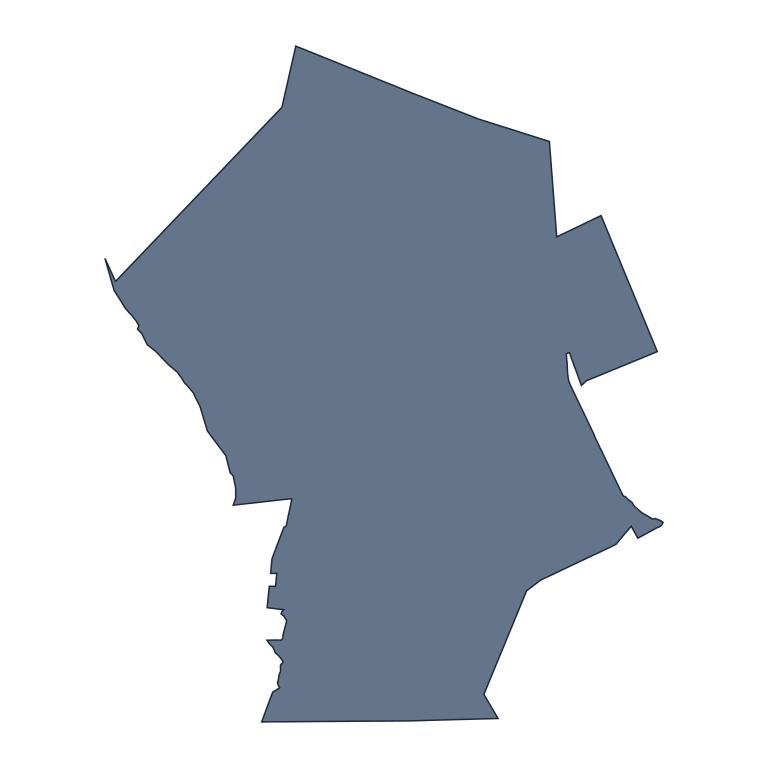 Bustamante, Nuevo León, Mexico
{"feature_id": "50627088B226456394087", "entity_name": "Bustamante", "entity_type": "district", "adm_level": 2, "iso_a3": "MEX", "parent_name": "Mexico", "parent_adm1": "Nuevo León", "projection": "mercator", "projection_center": [-100.55, 26.571], "detail": "fine", "context": "isolated", "style": "filled", "palette": "slate", "viewbox_px": 768, "rotation_deg": 0, "n_neighbors": 0, "source": "geoboundaries", "source_scale": "gbopen_adm2", "svg_char_len": 2830}
<svg xmlns="http://www.w3.org/2000/svg" viewBox="0 0 768 768"><path d="M104.9,258.3L114.2,290.7L114.9,291.7L121.1,301.4L125.0,307.9L129.5,313.1L131.6,315.2L135.9,320.6L138.9,325.6L137.5,329.1L141.8,333.6L147.3,344.9L155.4,351.1L167.9,364.1L177.5,372.4L181.9,378.6L183.8,381.8L185.3,383.9L185.6,384.0L186.4,384.6L193.7,393.3L195.1,396.8L200.0,406.4L207.4,431.0L225.9,455.8L230.1,472.7L233.1,475.7L235.5,487.0L235.6,488.6L235.6,489.1L235.7,492.5L235.7,498.1L233.2,505.2L283.8,499.5L289.7,498.9L291.8,498.9L289.6,509.8L288.0,517.1L286.2,526.0L283.9,527.2L276.1,547.8L272.0,558.7L271.2,566.8L270.6,573.4L271.2,573.4L276.8,573.4L276.0,581.5L275.6,586.3L274.5,586.3L272.3,586.3L269.3,586.2L268.0,598.7L267.1,607.7L270.4,608.1L272.2,608.3L283.7,609.7L282.7,610.6L281.7,611.9L281.1,614.1L283.6,615.7L286.7,620.8L282.8,635.6L283.1,636.8L282.3,639.0L281.4,640.1L274.6,640.0L267.0,640.2L269.9,644.4L272.8,647.0L274.3,650.0L275.3,652.9L278.7,655.8L282.5,660.6L283.2,661.8L282.5,663.0L281.8,663.4L281.5,663.8L281.0,664.4L280.7,665.0L280.4,666.1L280.5,668.5L280.5,671.2L280.3,671.9L279.7,673.4L278.8,675.5L278.9,677.0L278.6,677.9L278.5,678.8L277.5,682.9L278.6,686.2L279.7,687.8L272.7,692.1L270.0,699.2L261.7,721.9L265.6,721.9L272.3,721.8L282.8,721.8L292.8,721.7L306.8,721.6L318.0,721.5L338.0,721.4L358.1,721.2L382.3,721.1L382.5,721.1L410.9,720.9L437.6,720.1L498.1,718.5L483.9,694.4L526.6,590.8L540.6,580.1L557.2,572.3L557.4,572.2L569.7,566.3L576.7,563.0L591.5,556.0L604.6,549.8L613.1,545.8L615.8,544.4L616.0,544.3L624.1,534.6L628.8,529.1L631.2,526.2L637.8,538.2L643.2,535.3L643.4,535.1L643.6,535.1L644.0,534.8L649.6,531.8L657.3,527.6L659.2,527.0L661.5,525.3L663.1,522.4L660.8,520.7L655.2,518.5L652.9,519.1L641.7,512.7L636.6,508.1L634.7,506.8L632.0,502.4L628.2,499.6L626.8,498.1L625.5,496.7L623.9,496.3L623.0,495.6L618.6,486.5L609.1,466.6L604.1,456.2L600.8,449.1L600.6,448.8L600.3,448.5L599.6,446.9L597.1,441.7L594.0,435.2L594.3,435.1L590.2,426.5L586.1,417.9L585.6,416.7L584.8,415.4L584.6,414.8L583.2,411.7L582.2,409.7L580.1,405.4L578.7,402.5L577.1,399.2L574.5,393.7L572.1,388.7L571.9,388.1L569.8,383.7L568.6,380.3L568.3,378.4L568.1,377.0L567.8,375.0L567.6,372.2L567.2,366.3L567.3,365.9L567.2,364.5L567.0,361.2L566.8,360.7L566.3,353.7L569.4,352.6L573.2,363.1L575.0,368.0L576.1,370.9L577.6,375.0L578.6,377.7L579.6,380.5L581.4,385.5L586.4,380.8L608.7,371.6L608.9,371.5L609.3,371.4L609.6,371.3L619.2,367.3L619.8,367.1L622.3,366.0L623.0,365.8L657.3,351.6L620.9,263.6L601.4,216.4L601.0,215.6L600.6,215.8L598.2,217.0L597.6,217.2L597.5,217.3L590.3,220.7L589.4,221.2L585.4,223.1L577.7,226.8L565.6,232.6L557.4,236.5L556.7,236.9L550.0,149.4L549.4,141.5L524.1,133.5L507.0,128.0L502.6,126.7L478.1,118.9L413.0,93.4L295.8,46.1L281.9,107.3L215.4,176.9L213.3,179.0L207.0,185.7L115.5,281.4L104.9,258.3Z" fill="#64748b" stroke="#1e293b" stroke-width="1.5"/></svg>